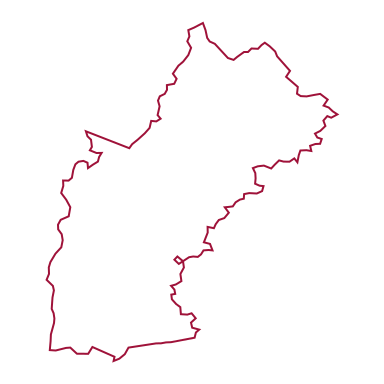 Cafelândia, Paraná, Brazil (Albers equal-area conic projection)
{"feature_id": "56859067B49774660702068", "entity_name": "Cafelândia", "entity_type": "district", "adm_level": 2, "iso_a3": "BRA", "parent_name": "Brazil", "parent_adm1": "Paraná", "projection": "albers", "projection_center": [-53.352, -24.69], "detail": "fine", "context": "isolated", "style": "outline", "palette": "rose", "viewbox_px": 384, "rotation_deg": 0, "n_neighbors": 0, "source": "geoboundaries", "source_scale": "gbopen_adm2", "svg_char_len": 2424}
<svg xmlns="http://www.w3.org/2000/svg" viewBox="0 0 384 384"><path d="M327.7,99.6L320.2,93.9L314.4,94.9L306.6,96.4L300.7,96.1L297.0,93.7L297.8,86.9L286.1,76.8L290.0,70.9L277.1,56.3L275.2,51.5L269.7,46.3L264.8,42.7L261.5,45.1L258.0,48.8L251.5,48.5L248.0,52.0L244.0,52.0L237.2,56.9L233.6,59.9L227.9,58.0L214.8,43.8L209.7,41.5L207.2,37.9L205.5,30.1L202.9,23.0L194.1,27.6L188.3,30.1L189.4,36.4L187.3,41.3L191.1,47.8L188.3,55.1L183.2,61.6L178.4,65.7L172.9,73.7L176.6,78.8L174.2,83.8L166.9,85.1L167.0,89.8L164.7,93.9L159.8,96.3L158.0,100.6L159.6,106.3L157.6,115.1L160.6,118.7L156.3,121.4L151.2,120.9L149.6,127.9L144.8,133.3L137.7,139.7L132.1,144.2L129.3,148.2L85.9,131.3L87.5,136.3L91.0,139.7L91.9,146.9L89.9,150.3L96.5,153.0L101.6,152.9L99.1,157.0L97.9,161.6L93.0,164.6L88.0,168.1L87.5,162.7L83.4,160.9L78.5,161.7L75.4,164.3L73.3,169.9L71.9,177.8L68.6,180.6L63.1,180.5L63.3,185.9L61.2,193.0L66.2,199.7L70.3,207.2L68.7,216.3L60.7,219.8L58.0,224.7L58.2,229.4L61.7,234.2L62.7,240.2L61.3,247.3L55.5,253.6L50.4,262.1L48.8,267.4L49.0,273.9L46.6,279.8L52.9,285.9L53.9,290.4L52.5,297.5L51.7,308.9L53.6,313.2L54.4,318.5L54.0,323.1L50.9,334.4L50.6,341.1L49.8,350.1L55.7,350.5L66.1,347.9L70.3,347.6L76.9,353.7L88.2,353.8L92.4,347.0L114.5,356.8L113.6,361.0L119.3,358.7L124.8,354.2L128.5,347.6L156.1,343.4L161.1,343.3L166.0,342.4L170.9,342.2L194.6,337.7L195.9,332.5L199.2,329.6L192.2,327.7L191.0,322.6L195.7,318.3L191.6,313.3L187.3,314.6L180.9,314.2L180.3,307.1L176.2,304.1L171.9,299.3L171.3,294.6L175.2,293.9L174.4,289.6L171.1,285.8L175.8,284.5L181.4,281.1L180.4,274.0L183.9,267.5L183.0,261.2L189.1,257.2L193.2,256.5L197.8,256.9L201.0,254.4L203.5,250.4L208.6,250.0L212.5,250.4L210.0,243.9L203.9,242.3L207.7,232.6L207.6,226.9L213.9,228.2L215.7,224.2L218.8,220.0L224.3,218.1L228.8,212.7L224.8,207.3L228.7,206.9L232.8,206.4L235.6,202.3L239.9,199.6L243.8,198.7L244.1,194.1L249.2,193.1L256.8,193.5L262.1,191.1L263.5,186.1L259.6,185.7L255.1,183.7L255.6,178.4L255.3,173.1L252.9,168.1L257.8,166.3L263.9,165.6L271.2,168.5L274.7,164.7L279.1,160.4L283.6,161.6L289.5,161.7L294.3,158.4L297.4,162.3L298.8,155.1L300.4,150.5L306.4,150.2L311.3,151.0L310.1,145.8L315.4,144.0L320.1,143.8L321.7,139.0L317.3,137.5L315.0,133.6L320.3,130.9L325.4,126.0L323.4,120.6L327.3,116.1L331.2,117.7L337.4,114.4L332.7,111.3L328.7,107.5L323.6,105.6L327.7,99.6ZM183.0,261.2L178.8,263.9L174.4,259.7L177.4,256.5L183.0,261.2Z" fill="none" stroke="#9f1239" stroke-width="2"/></svg>